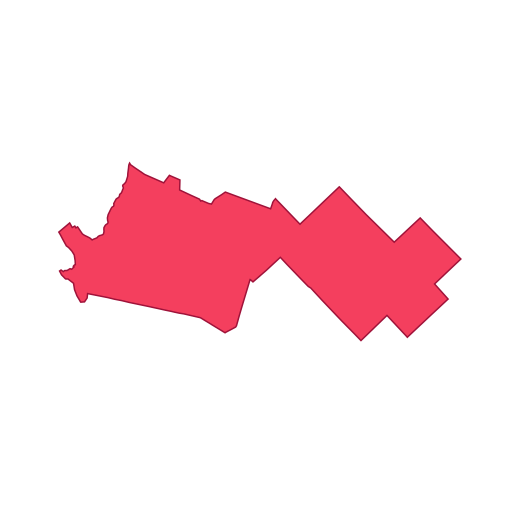 the district of Saelele, Teleorman, Romania, rotated 65°
{"feature_id": "2599482B33376379062775", "entity_name": "Saelele", "entity_type": "district", "adm_level": 2, "iso_a3": "ROU", "parent_name": "Romania", "parent_adm1": "Teleorman", "projection": "albers", "projection_center": [24.736, 43.872], "detail": "fine", "context": "isolated", "style": "filled", "palette": "rose", "viewbox_px": 512, "rotation_deg": 65, "n_neighbors": 0, "source": "geoboundaries", "source_scale": "gbopen_adm2", "svg_char_len": 2685}
<svg xmlns="http://www.w3.org/2000/svg" viewBox="0 0 512 512"><g transform="rotate(65 256 256)"><path d="M147.3,410.9L151.0,424.6L154.4,424.3L158.9,424.1L162.1,423.9L166.7,423.6L167.9,422.9L168.1,422.8L169.3,422.2L171.9,421.4L173.8,420.8L178.2,420.3L183.8,421.9L187.5,423.4L187.4,424.4L188.1,425.9L189.0,425.6L190.1,428.7L188.9,429.9L189.3,433.3L188.3,435.6L188.7,437.3L186.3,438.6L186.6,440.4L190.9,440.2L196.3,438.3L197.4,436.1L198.0,435.8L203.6,432.9L209.9,434.7L216.5,435.1L221.5,434.6L222.9,434.5L223.7,434.4L223.9,434.0L225.1,430.8L222.7,426.8L218.9,424.5L231.2,407.7L235.3,402.6L239.8,396.4L244.6,390.4L248.7,384.9L256.7,374.2L259.0,371.2L261.8,367.5L266.8,361.0L270.2,356.4L272.5,353.5L275.3,349.8L278.0,345.8L281.3,341.6L288.4,332.5L312.5,316.5L312.4,316.2L311.8,304.5L311.7,304.4L311.0,303.2L302.8,296.2L295.3,289.6L274.8,271.3L275.0,271.1L278.2,269.7L277.8,268.3L273.4,252.9L267.7,235.2L267.5,234.5L276.4,231.6L295.4,225.1L305.7,221.5L308.0,220.0L308.1,219.9L308.8,219.7L320.6,215.9L323.2,215.1L344.1,208.1L350.9,205.8L368.9,199.4L377.0,196.6L365.2,162.4L393.1,153.3L393.6,153.2L384.5,125.6L376.2,100.1L356.8,106.0L348.1,80.0L345.3,71.6L308.7,84.9L291.8,90.8L290.9,91.1L301.5,123.7L301.9,124.9L264.7,138.8L246.5,145.1L228.7,151.2L228.5,151.3L245.5,201.9L245.8,202.7L212.8,214.0L212.3,214.1L213.3,216.4L214.5,218.2L215.5,219.0L219.4,222.8L195.9,246.1L185.4,256.5L185.1,256.8L185.7,260.3L185.8,260.7L186.8,268.7L187.2,270.0L190.1,274.4L188.4,276.7L186.3,278.6L183.4,281.2L182.9,281.6L182.9,282.8L180.6,283.2L173.6,289.2L163.9,297.3L154.9,292.8L147.7,299.2L146.3,300.4L149.6,306.7L150.7,308.7L135.1,322.4L125.4,328.2L120.3,331.1L118.4,331.3L118.9,331.9L119.7,332.7L120.9,333.5L122.3,334.3L126.9,337.2L129.5,338.6L130.4,339.4L131.3,340.2L133.8,342.5L134.8,344.5L135.4,346.6L135.6,346.8L136.1,347.2L137.9,347.4L138.5,347.6L139.3,348.6L140.6,349.9L141.3,350.6L142.1,351.8L142.4,353.1L142.7,353.6L144.1,354.6L144.5,355.0L144.9,356.3L145.1,357.9L145.3,358.7L145.8,359.4L147.9,362.2L148.4,362.8L149.7,363.2L150.6,363.9L150.8,365.0L150.9,365.9L151.7,367.2L153.0,368.8L154.7,370.9L156.0,372.5L158.7,374.6L161.2,375.5L162.7,375.7L163.5,376.3L163.9,377.0L164.2,378.9L164.7,380.0L165.2,380.6L165.9,381.7L166.6,382.1L167.5,382.6L168.6,383.0L169.7,383.5L170.9,384.4L171.5,384.9L171.9,385.9L171.7,387.8L171.4,389.3L171.5,390.3L171.6,390.9L171.9,391.5L172.3,392.6L172.2,394.8L172.1,395.7L172.1,396.9L172.2,397.6L171.9,397.9L171.1,398.2L170.1,398.6L168.9,399.4L167.1,400.8L165.9,401.8L164.8,402.7L164.3,403.0L162.7,404.0L158.4,404.7L155.8,405.1L154.2,405.4L154.4,407.3L152.3,407.6L152.5,410.5L149.9,410.7L148.4,410.8L147.3,410.9Z" fill="#f43f5e" stroke="#9f1239" stroke-width="1.5"/></g></svg>